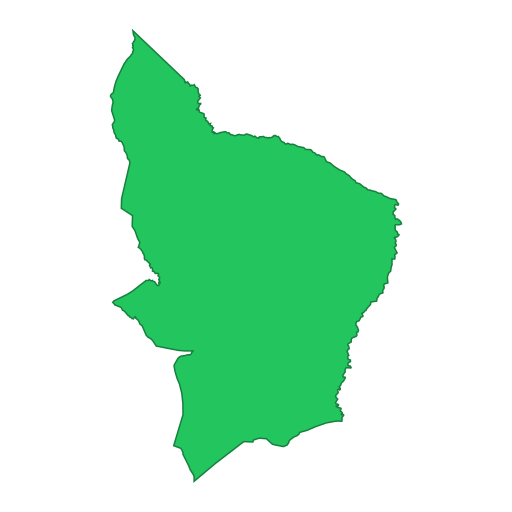 Sigor, Rift Valley, Kenya
{"feature_id": "3690345B8359999090101", "entity_name": "Sigor", "entity_type": "district", "adm_level": 2, "iso_a3": "KEN", "parent_name": "Kenya", "parent_adm1": "Rift Valley", "projection": "orthographic", "projection_center": [35.563, 1.576], "detail": "fine", "context": "isolated", "style": "filled", "palette": "green", "viewbox_px": 512, "rotation_deg": 0, "n_neighbors": 0, "source": "geoboundaries", "source_scale": "gbopen_adm2", "svg_char_len": 6076}
<svg xmlns="http://www.w3.org/2000/svg" viewBox="0 0 512 512"><path d="M146.1,280.5L132.6,291.0L127.7,294.1L113.9,300.9L112.7,302.4L114.1,303.7L114.6,304.8L121.1,307.4L122.5,310.2L124.5,311.2L128.1,315.5L128.8,315.6L129.6,316.9L131.2,317.6L131.9,318.5L133.4,318.9L134.8,316.9L135.5,316.9L135.8,318.2L137.8,319.9L138.8,321.3L139.9,324.1L142.1,325.7L146.2,335.2L148.1,337.3L150.4,338.4L152.6,340.5L156.3,346.1L178.5,350.4L184.5,350.9L192.9,350.9L192.7,351.6L191.8,352.2L191.3,353.7L190.4,354.7L186.9,354.9L185.5,355.5L181.2,356.1L179.5,356.9L178.3,357.9L177.1,359.8L174.2,365.0L174.1,366.4L175.2,372.0L177.1,378.4L179.4,383.8L181.8,393.2L182.9,403.8L183.0,414.8L173.7,445.7L180.5,448.2L181.5,449.3L183.0,452.5L183.0,454.4L188.5,465.3L190.3,469.9L193.1,474.2L194.1,476.5L194.1,481.3L215.3,463.5L243.8,441.6L252.9,442.0L253.4,440.1L258.3,438.4L260.1,438.2L265.3,438.7L266.0,438.4L272.3,444.1L274.0,444.7L283.4,446.6L287.2,445.0L288.9,442.3L289.1,441.0L290.4,439.6L293.9,437.0L297.0,435.7L298.8,434.3L299.7,432.4L307.2,430.3L314.9,426.9L325.9,423.0L335.5,421.2L338.6,421.0L341.8,421.3L342.1,419.6L341.9,417.4L343.6,415.5L343.6,414.8L342.9,414.4L341.6,414.7L341.2,414.2L342.3,413.3L342.2,412.6L340.3,410.8L341.1,408.9L340.9,408.2L337.6,407.4L336.3,406.3L338.3,405.7L338.6,405.2L338.4,404.6L337.6,404.1L336.4,404.3L335.7,403.1L335.6,402.5L337.7,399.1L336.0,397.5L335.7,395.5L338.0,392.9L338.2,392.4L337.6,389.9L337.9,389.4L339.0,389.0L339.6,389.9L340.2,389.5L340.2,388.2L339.2,386.6L340.7,385.3L341.3,383.1L343.6,380.9L345.3,377.8L345.1,377.2L344.5,377.0L343.1,376.9L342.9,375.3L345.2,371.9L345.0,369.9L345.6,368.6L345.9,368.0L346.7,367.7L350.8,368.0L351.1,367.5L350.2,366.0L348.3,365.7L347.8,365.3L348.2,362.8L350.5,361.6L350.4,360.0L348.3,359.3L347.6,357.1L347.9,356.0L348.8,355.5L347.2,351.4L347.3,350.5L349.2,348.7L348.7,346.1L347.9,345.3L347.7,344.7L348.3,343.7L351.2,342.0L351.4,338.9L351.8,338.3L352.9,337.6L356.1,336.4L356.9,335.3L356.6,332.6L357.0,332.1L358.0,331.9L358.5,330.2L357.3,326.9L356.0,325.2L355.9,323.1L356.6,321.7L359.2,320.7L360.9,317.2L362.7,316.6L363.0,316.0L362.0,313.5L362.1,313.0L363.6,312.6L364.9,310.9L365.9,310.5L366.9,308.5L370.5,304.5L370.9,302.0L376.7,301.1L377.0,298.2L378.3,296.6L379.2,294.5L380.4,293.6L382.6,293.1L383.0,292.6L382.6,290.7L384.0,288.5L384.2,286.8L383.6,286.2L384.2,284.0L387.9,282.9L387.4,278.2L387.6,276.0L388.9,272.8L390.7,271.1L391.1,267.5L392.0,264.8L392.0,258.9L394.3,259.1L394.8,258.9L395.0,257.1L394.7,254.7L397.1,252.9L394.4,247.6L394.5,247.1L395.8,246.1L396.3,245.4L396.3,244.7L395.2,243.1L396.0,241.3L395.8,240.1L395.4,239.1L394.3,237.9L394.6,237.4L396.0,237.2L397.5,236.6L398.9,235.2L399.0,234.6L397.6,233.8L397.4,232.2L395.2,230.0L395.1,225.3L395.4,224.8L399.5,224.8L401.5,223.9L401.0,222.2L399.7,220.6L397.8,219.2L396.8,218.9L395.6,219.2L394.9,217.6L394.8,215.6L393.2,214.3L393.2,211.9L395.8,209.3L395.8,208.7L394.6,208.0L394.7,205.3L395.4,204.5L398.0,205.2L398.4,204.8L398.5,203.7L397.3,202.5L395.9,199.6L389.6,198.4L387.0,197.0L383.8,195.8L381.4,193.4L377.7,193.0L375.9,191.7L371.3,190.6L370.0,190.0L368.2,190.1L365.9,187.9L363.6,187.0L359.7,183.7L356.0,182.7L355.0,180.6L352.7,179.3L350.5,177.3L349.6,176.0L345.7,173.4L344.6,172.0L340.0,170.1L336.4,167.9L334.1,166.4L330.1,162.9L326.5,161.7L324.3,157.2L323.7,156.6L321.5,156.5L318.5,154.8L316.6,155.0L315.0,153.1L312.8,152.1L311.4,150.2L310.4,149.6L305.9,149.4L305.2,149.1L303.8,147.6L297.8,146.5L294.5,144.7L292.1,144.1L291.1,144.7L288.2,143.4L287.5,143.3L286.7,144.0L284.9,143.8L284.0,142.4L281.8,141.7L280.2,139.6L280.0,138.6L278.3,136.5L277.1,136.6L275.0,135.3L274.4,135.9L273.4,135.9L272.6,137.0L270.5,137.7L269.1,137.6L267.9,138.1L266.1,137.4L264.7,137.4L263.7,136.6L263.0,136.4L261.7,136.8L259.8,136.7L258.8,137.4L259.0,137.9L258.3,138.1L256.8,137.8L254.9,136.1L253.9,136.7L253.4,136.7L251.8,135.6L246.9,134.0L245.7,134.2L244.4,135.2L240.3,134.8L239.3,134.4L237.2,134.8L236.0,135.7L233.3,135.4L231.8,134.6L230.5,134.6L229.0,132.8L227.3,132.9L225.4,131.6L220.0,132.6L217.4,133.7L216.3,133.6L215.1,132.8L214.6,133.5L214.0,133.5L214.4,132.4L214.0,132.0L213.4,131.8L212.7,132.3L212.2,132.1L212.0,131.4L212.7,128.9L213.4,127.8L212.2,127.1L212.3,126.2L211.5,125.8L210.7,125.9L209.9,124.9L210.5,123.5L208.9,123.9L208.4,123.4L208.4,122.5L207.3,121.1L206.0,120.6L205.7,120.0L206.0,118.0L204.6,117.7L204.1,117.1L204.1,114.1L203.7,113.6L199.7,112.2L199.3,111.7L199.1,109.9L198.7,109.5L196.9,110.0L196.6,109.5L197.2,108.4L198.6,107.9L199.2,105.4L200.7,104.0L200.7,103.4L198.2,103.4L197.6,101.3L200.4,97.9L199.0,96.5L199.4,95.8L200.2,95.4L200.0,94.8L199.4,94.6L198.7,93.6L198.0,90.7L198.3,89.2L197.8,88.4L196.9,87.5L195.9,87.4L195.3,86.9L194.4,84.7L193.0,85.4L191.6,85.1L190.4,85.9L189.9,85.7L189.6,84.2L188.2,83.3L188.1,82.3L187.6,81.9L185.3,82.8L184.9,82.3L185.2,81.5L184.3,80.3L184.3,79.6L132.9,30.7L133.5,34.7L134.9,37.5L135.0,38.8L134.3,41.2L133.8,41.3L133.3,42.5L132.4,43.6L132.9,44.8L132.7,45.5L133.3,46.6L132.5,47.5L133.4,49.2L133.5,50.6L132.7,51.4L132.6,53.3L131.7,54.1L130.5,56.0L127.2,59.3L124.1,63.9L118.3,75.9L116.0,81.3L114.3,87.4L113.5,92.0L113.0,92.9L111.4,94.1L110.6,95.3L110.5,96.5L112.5,99.2L113.1,102.3L112.3,105.4L111.7,109.6L111.8,111.1L114.6,120.0L114.5,121.2L112.3,124.6L113.0,128.5L113.8,130.1L114.0,132.4L115.5,134.9L116.3,138.2L118.1,139.0L119.1,141.1L121.3,141.4L122.0,142.3L124.0,146.4L124.4,150.9L125.9,152.6L127.2,155.5L127.5,158.5L129.1,160.0L130.0,162.5L121.6,198.6L121.3,208.3L132.5,215.6L132.2,226.4L135.0,230.7L137.6,238.3L139.8,242.5L138.3,247.4L139.6,248.1L140.8,249.4L142.2,251.2L143.1,253.5L143.9,254.4L144.5,257.0L144.3,258.4L144.9,259.8L146.1,260.0L150.3,264.2L149.6,265.0L149.5,265.7L150.7,267.2L150.6,267.9L151.8,267.7L152.5,268.5L152.5,271.1L154.1,271.6L155.3,273.5L157.7,273.3L158.6,274.1L158.0,275.4L158.2,276.1L159.6,277.1L159.7,277.6L158.8,279.5L159.4,279.9L159.1,280.5L159.8,281.5L160.0,282.9L158.8,282.5L159.0,285.0L158.5,285.5L157.8,285.6L156.5,284.7L155.0,282.1L154.4,281.6L153.2,281.4L152.5,280.5L151.3,280.9L149.2,279.6L149.1,280.1L148.5,280.4L146.1,280.5Z" fill="#22c55e" stroke="#15803d" stroke-width="1.5"/></svg>